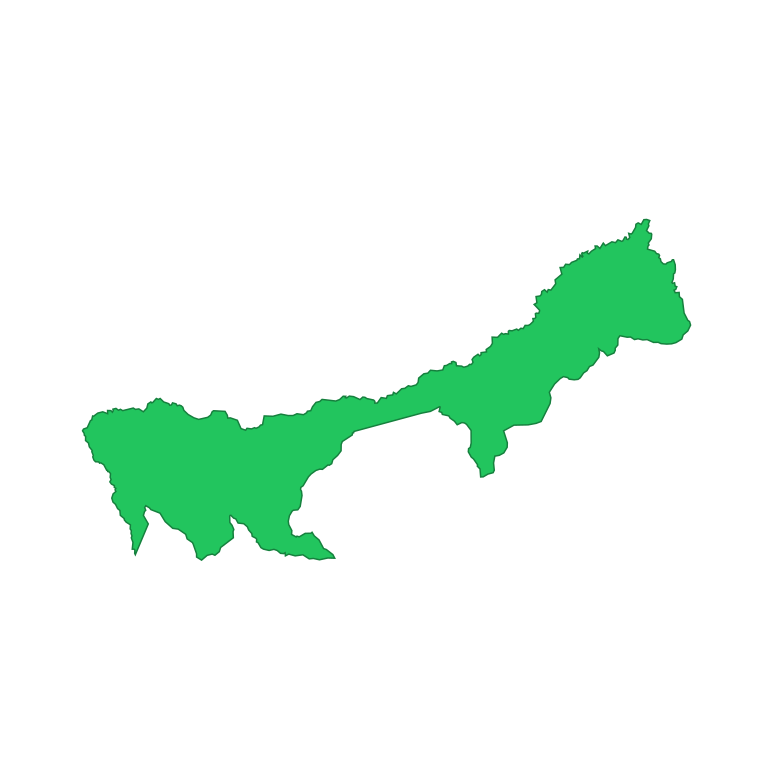 Mira, Carchi, Ecuador (Mercator projection), rotated 113°
{"feature_id": "8360857B23467138047954", "entity_name": "Mira", "entity_type": "district", "adm_level": 2, "iso_a3": "ECU", "parent_name": "Ecuador", "parent_adm1": "Carchi", "projection": "mercator", "projection_center": [-78.218, 0.717], "detail": "fine", "context": "isolated", "style": "filled", "palette": "green", "viewbox_px": 768, "rotation_deg": 113, "n_neighbors": 0, "source": "geoboundaries", "source_scale": "gbopen_adm2", "svg_char_len": 6171}
<svg xmlns="http://www.w3.org/2000/svg" viewBox="0 0 768 768"><g transform="rotate(113 384 384)"><path d="M638.3,546.2L604.9,546.3L599.0,554.1L595.0,554.6L593.3,554.0L591.3,556.0L589.1,555.7L589.6,551.6L590.7,549.5L590.4,539.7L596.2,531.6L599.4,522.1L598.0,516.7L599.8,507.8L603.5,504.7L604.8,498.4L605.8,497.2L613.5,490.2L616.5,488.9L617.4,483.1L610.8,479.8L607.7,475.7L607.7,472.7L602.7,470.1L598.3,470.5L584.4,462.6L578.8,465.3L576.6,465.4L573.4,468.7L571.7,471.8L566.2,474.3L565.2,474.4L564.7,473.6L566.2,470.0L566.1,467.7L569.0,464.0L567.4,458.5L568.8,454.0L571.2,451.6L573.3,447.3L575.7,445.8L576.0,441.7L576.7,440.5L579.2,439.7L579.3,437.9L582.7,433.4L583.1,430.5L582.1,424.7L579.2,420.7L579.0,417.2L580.3,413.1L579.3,410.0L578.0,409.1L580.7,407.6L577.8,405.2L576.9,398.6L572.9,391.9L574.2,384.5L572.2,380.9L571.0,374.7L566.1,367.7L563.6,361.3L561.0,364.4L558.9,372.4L559.1,375.3L552.9,382.9L551.1,388.8L548.6,392.3L549.9,392.9L552.3,398.2L557.8,402.3L558.1,404.7L559.1,405.1L558.6,410.3L554.9,411.6L550.7,416.7L547.7,418.5L542.2,419.6L537.0,418.9L535.6,418.1L533.5,414.2L529.5,413.3L518.7,415.9L514.9,418.1L513.9,419.5L511.7,420.2L509.3,418.7L499.0,417.3L495.2,415.9L490.2,412.9L487.5,409.9L486.6,407.3L480.5,404.0L480.1,402.6L477.8,401.0L473.7,401.5L467.9,398.8L462.3,397.4L456.4,399.8L453.2,399.9L443.3,393.3L441.4,393.9L440.8,392.9L439.4,393.1L396.2,338.1L391.1,330.6L383.2,324.0L383.3,323.3L387.8,322.5L387.6,319.8L389.2,318.4L388.0,311.9L389.6,309.8L390.7,304.6L392.9,300.7L389.1,297.3L388.4,294.7L388.9,292.2L392.7,285.7L404.3,280.7L408.7,279.8L410.4,280.9L413.5,279.9L417.2,275.1L418.0,272.3L421.8,266.3L423.2,266.0L424.7,262.4L431.8,258.7L430.7,256.4L426.3,253.1L423.0,248.9L420.3,248.8L413.9,252.3L407.1,253.8L404.6,250.0L400.6,246.8L394.1,245.9L389.9,247.5L380.4,255.6L371.1,248.3L365.3,235.4L360.8,228.6L357.1,224.7L337.1,223.5L331.5,225.0L327.0,228.6L317.4,227.0L310.1,223.9L307.1,221.7L306.3,217.4L307.2,215.5L305.8,210.6L303.9,207.2L301.6,205.8L295.8,204.6L292.4,202.4L287.6,201.7L284.9,199.0L275.4,196.7L271.1,197.8L267.7,200.1L268.6,197.0L268.3,194.7L270.8,189.4L265.6,184.4L262.6,184.3L260.7,185.2L256.8,184.0L250.8,186.4L247.4,185.7L245.9,178.4L244.4,175.4L245.2,170.8L243.1,167.8L242.3,163.0L240.3,159.1L240.4,152.1L238.5,147.9L238.6,144.8L236.8,139.4L234.6,134.9L231.8,131.4L226.3,127.4L221.9,127.8L216.5,125.1L210.0,124.8L207.1,127.2L206.7,129.2L201.4,135.5L189.5,142.4L188.2,146.2L184.4,148.1L186.2,151.6L184.3,153.7L183.0,152.4L180.0,152.5L180.2,154.2L177.3,156.1L178.6,157.7L178.1,158.6L174.2,158.8L169.5,160.5L168.1,159.7L165.0,160.4L160.5,162.5L156.5,166.0L157.0,167.1L158.8,167.3L161.8,170.7L163.5,171.4L164.3,173.8L163.1,176.9L160.8,178.5L160.3,180.5L158.0,180.6L157.1,181.9L157.5,184.1L156.0,186.7L156.9,194.1L154.1,194.9L152.5,194.4L151.0,195.8L145.9,194.7L141.5,196.1L140.9,196.9L141.6,198.7L140.2,202.3L134.9,202.0L133.4,203.2L129.7,203.2L129.9,206.5L131.2,209.0L136.6,209.6L136.4,213.0L138.5,214.5L141.6,213.6L148.2,214.4L149.4,215.1L149.7,217.6L153.2,215.0L155.7,215.9L155.9,217.3L154.3,218.3L154.5,219.6L158.9,220.1L159.8,220.9L159.9,225.0L163.4,226.1L164.1,229.8L170.1,234.2L168.6,237.2L174.8,238.2L173.7,241.7L174.5,243.6L176.7,242.2L180.8,245.0L184.2,246.2L184.2,247.9L182.1,248.4L185.5,251.4L185.7,252.8L187.0,252.9L188.8,250.8L189.7,251.1L188.6,254.1L192.3,253.0L193.3,254.8L194.9,254.9L198.8,258.9L201.6,259.9L202.8,263.6L206.4,264.2L208.0,267.4L213.4,263.2L221.3,267.2L224.7,265.1L230.6,266.6L232.4,267.1L232.9,269.7L235.7,269.7L234.5,273.1L237.2,274.9L240.1,274.1L242.0,274.8L244.1,278.2L249.5,275.0L252.1,276.9L255.3,269.6L256.2,269.3L258.5,269.2L259.3,271.6L260.2,272.1L263.4,270.3L264.8,270.8L265.6,272.5L267.9,271.0L272.1,272.8L273.7,274.1L274.9,277.0L278.6,277.5L279.2,279.8L282.1,281.3L281.6,283.3L285.0,286.9L285.8,289.6L286.9,290.1L289.4,289.0L290.3,292.1L291.5,293.1L291.3,295.6L296.7,297.7L298.6,302.8L304.2,300.1L307.8,300.6L312.3,303.4L314.4,302.2L317.2,306.9L319.1,306.1L320.7,306.9L319.9,309.1L324.2,311.8L327.0,312.5L329.3,310.5L331.9,311.2L332.5,312.9L334.8,313.9L337.4,317.1L337.2,319.5L338.9,324.4L336.1,326.2L336.1,329.1L337.3,330.5L338.8,329.7L339.5,331.5L342.5,333.7L343.6,335.6L348.1,335.4L351.2,340.2L353.2,346.6L356.9,347.9L359.0,351.3L365.0,354.4L369.3,353.2L372.2,354.0L375.7,358.2L376.1,360.9L379.8,363.1L381.5,365.9L388.3,368.8L388.0,372.0L390.6,371.7L393.4,376.3L396.3,376.2L397.6,381.3L404.1,382.7L405.2,385.0L403.5,385.7L402.8,387.3L404.1,394.1L403.7,396.3L404.3,398.4L407.7,400.0L407.5,407.0L408.7,411.2L411.5,413.0L411.7,414.4L410.3,414.4L411.2,416.8L415.7,418.8L418.5,421.7L422.4,435.0L425.2,436.3L427.5,439.4L432.8,440.9L437.2,441.0L439.0,443.9L440.7,444.0L443.7,446.1L445.4,452.5L448.5,455.3L450.5,459.9L452.0,467.1L457.1,473.6L460.2,481.8L468.9,479.9L470.1,481.6L472.4,482.3L474.8,484.5L474.8,486.1L477.1,488.4L478.3,492.8L480.6,493.3L480.9,498.2L474.7,504.8L475.2,512.1L476.4,514.5L474.0,516.0L471.3,519.6L475.2,530.4L476.6,531.3L480.4,531.4L483.6,533.3L489.0,540.8L489.4,545.8L488.6,552.4L486.5,557.9L484.0,560.1L483.3,562.2L483.4,564.1L484.8,565.8L483.5,567.7L484.0,571.3L486.3,571.5L487.3,572.9L486.2,574.4L486.6,579.8L484.8,584.4L486.3,585.6L486.3,587.9L491.3,589.6L492.1,590.4L491.6,591.6L494.6,593.6L498.9,592.9L503.6,594.7L502.7,599.9L504.5,602.9L504.1,605.4L510.6,614.1L510.3,616.8L511.9,618.1L511.2,621.2L513.1,623.7L514.3,622.8L516.1,623.0L515.2,625.0L516.4,628.1L519.3,626.8L519.5,632.0L522.6,636.1L527.1,638.7L527.3,639.7L531.4,639.0L532.3,639.9L540.2,640.1L542.9,643.0L544.9,643.2L546.6,640.7L548.3,639.8L548.8,638.2L552.7,636.6L553.8,633.0L557.0,630.7L559.3,626.6L560.5,626.5L563.3,623.7L564.9,623.6L567.3,621.4L568.3,619.2L567.2,616.1L568.0,614.9L567.2,613.8L567.8,610.4L571.8,605.5L571.5,604.7L572.5,604.1L572.3,602.6L573.4,600.7L576.9,599.6L578.6,597.9L581.2,598.1L582.6,595.8L582.9,592.5L584.5,591.9L584.8,590.1L586.5,590.2L587.7,588.8L590.9,590.4L595.4,590.0L598.6,587.3L599.7,584.1L602.8,580.5L603.6,577.7L607.9,575.4L609.4,570.5L610.5,570.0L611.9,567.4L612.7,562.4L616.6,561.0L617.7,559.3L620.5,558.4L622.3,556.6L624.3,556.5L627.9,553.2L634.4,551.2L633.7,549.6L634.2,548.4L637.2,547.4L638.3,546.2Z" fill="#22c55e" stroke="#15803d" stroke-width="1.5"/></g></svg>